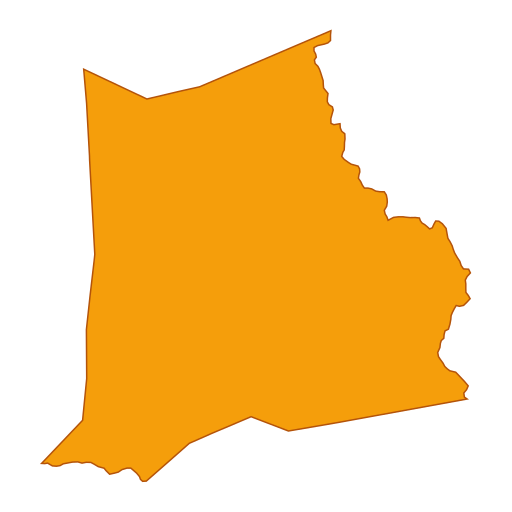 Boquira, Bahia, Brazil (orthographic projection)
{"feature_id": "56859067B56543556798055", "entity_name": "Boquira", "entity_type": "district", "adm_level": 2, "iso_a3": "BRA", "parent_name": "Brazil", "parent_adm1": "Bahia", "projection": "orthographic", "projection_center": [-42.646, -12.726], "detail": "fine", "context": "isolated", "style": "filled", "palette": "amber", "viewbox_px": 512, "rotation_deg": 0, "n_neighbors": 0, "source": "geoboundaries", "source_scale": "gbopen_adm2", "svg_char_len": 2289}
<svg xmlns="http://www.w3.org/2000/svg" viewBox="0 0 512 512"><path d="M450.1,241.8L447.9,238.3L447.0,233.5L446.1,228.4L442.4,223.8L438.9,221.2L435.7,221.0L434.0,224.0L432.3,227.8L429.6,228.9L427.2,226.7L424.7,224.6L422.1,223.1L420.4,220.8L419.4,218.0L415.2,217.5L410.1,217.6L405.9,217.2L403.0,216.8L398.4,216.8L393.5,217.4L388.1,220.3L386.9,216.9L385.1,213.9L384.3,210.3L386.7,206.2L387.3,202.1L387.1,198.8L386.3,195.0L384.3,191.8L379.7,191.7L375.7,191.1L371.7,188.9L368.0,188.1L364.4,188.1L362.3,185.1L360.7,181.6L358.4,178.3L358.9,175.0L359.8,172.0L359.6,168.9L358.1,166.1L354.9,165.2L351.2,164.2L348.5,162.5L344.2,159.4L341.7,156.4L342.8,152.4L344.2,149.9L344.4,146.7L344.5,142.4L345.0,139.0L344.8,133.8L341.7,131.3L340.3,128.0L340.0,123.7L333.9,124.7L331.0,123.4L330.8,118.7L331.9,114.7L333.2,110.0L332.4,106.9L328.9,104.7L327.3,101.8L327.4,98.0L328.0,93.5L325.5,90.4L323.6,88.0L323.3,84.5L323.1,80.5L321.7,76.0L320.6,72.5L319.4,69.2L317.9,66.3L315.1,63.5L314.4,59.9L316.3,57.2L315.7,54.2L314.0,50.9L314.0,47.5L317.6,45.6L324.3,44.1L327.9,42.9L330.5,40.5L330.5,35.0L330.9,30.7L199.6,86.8L179.1,91.4L146.9,99.0L83.7,69.2L86.6,103.5L89.5,156.0L89.6,159.9L92.6,214.5L94.8,254.4L94.2,260.2L90.1,295.5L86.4,329.6L86.7,378.6L82.6,420.3L41.6,463.4L44.7,463.6L47.6,463.1L52.4,465.9L56.5,466.2L60.1,465.6L63.3,463.8L72.4,462.1L77.9,461.9L82.0,463.1L86.2,462.3L90.8,462.4L94.2,464.2L98.2,466.6L101.1,467.4L104.1,468.2L106.0,470.6L109.6,474.2L114.6,473.1L118.3,472.1L122.0,469.6L127.0,468.1L130.8,468.1L133.5,470.4L136.6,473.1L139.5,476.6L140.5,479.4L142.6,481.3L146.3,481.1L168.2,461.9L189.3,443.3L211.5,433.5L251.1,416.7L288.4,431.0L338.6,422.4L353.9,419.6L467.1,399.0L464.4,397.1L463.8,393.0L466.6,389.6L468.2,385.9L464.6,381.6L459.8,376.5L455.7,372.2L449.9,370.8L447.3,368.9L444.8,366.5L443.0,363.1L440.5,359.7L438.5,356.7L437.7,352.5L439.9,347.6L440.4,343.3L441.3,340.5L443.8,338.3L444.1,334.5L445.0,330.9L448.4,329.2L449.9,324.3L450.8,319.4L451.1,315.6L452.4,312.4L454.4,308.5L456.2,305.5L459.4,306.3L463.6,305.4L466.8,302.3L470.1,298.7L468.3,295.5L465.9,292.4L465.8,288.8L465.8,283.9L465.3,280.1L467.1,276.5L470.4,272.9L468.6,269.2L463.5,268.9L461.2,265.6L459.8,261.3L457.5,257.9L454.6,252.9L453.1,248.9L452.2,245.9L450.1,241.8Z" fill="#f59e0b" stroke="#b45309" stroke-width="1.5"/></svg>